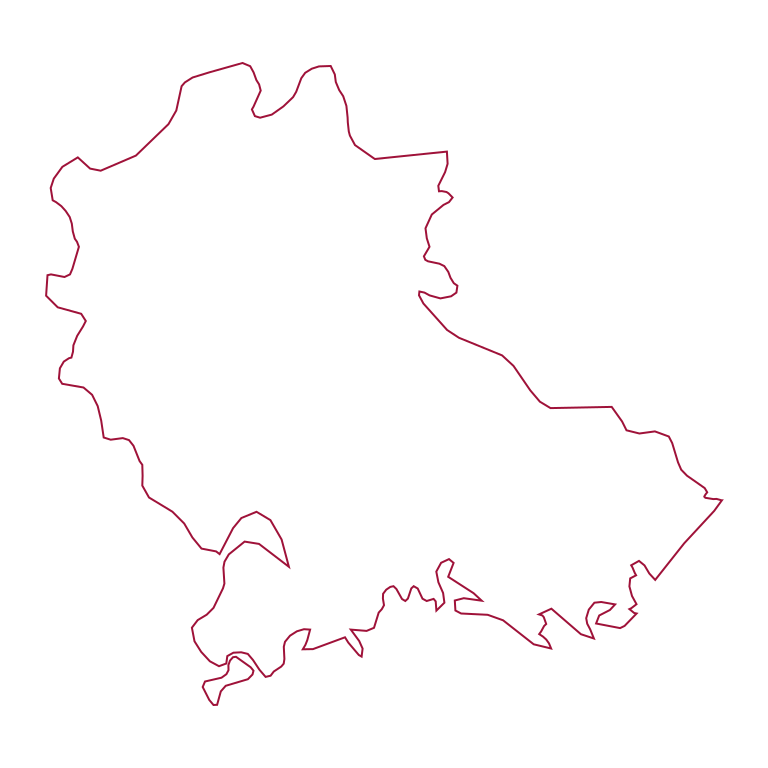 Kymenlaakso, orthographic projection
{"feature_id": "FIN-3187", "entity_name": "Kymenlaakso", "entity_type": "Province", "adm_level": 1, "iso_a3": "FIN", "parent_name": "Finland", "parent_adm1": "", "projection": "orthographic", "projection_center": [26.947, 60.833], "detail": "fine", "context": "isolated", "style": "outline", "palette": "rose", "viewbox_px": 768, "rotation_deg": 0, "n_neighbors": 0, "source": "natural_earth", "source_scale": "10m", "svg_char_len": 3730}
<svg xmlns="http://www.w3.org/2000/svg" viewBox="0 0 768 768"><path d="M721.9,500.3L714.2,510.9L684.2,543.3L655.2,579.9L649.3,573.5L644.5,565.4L639.0,560.9L631.2,565.3L632.5,567.5L634.8,573.0L636.1,575.3L630.2,578.4L629.4,586.4L632.0,596.0L636.5,604.2L631.3,608.2L629.4,609.1L634.2,613.0L636.6,613.5L624.6,625.9L620.1,628.1L596.1,623.5L599.2,615.5L609.9,610.0L615.1,604.4L601.2,602.0L594.4,602.7L588.8,609.6L586.2,618.2L587.2,623.7L590.2,629.4L593.9,638.5L580.9,634.2L551.4,608.7L539.0,614.4L542.4,615.5L543.8,617.2L546.2,624.0L544.1,626.0L541.1,631.5L539.2,634.1L543.0,636.6L546.3,639.6L549.0,643.4L551.1,648.5L533.7,644.3L503.1,620.3L487.7,614.8L461.1,613.5L455.4,610.5L454.8,600.5L463.8,598.2L481.7,600.7L473.6,593.2L448.2,576.8L453.6,562.9L449.0,559.1L441.1,562.8L436.3,571.6L438.4,582.3L443.1,593.0L444.4,602.7L436.4,610.6L435.7,601.4L433.6,598.9L426.7,601.0L422.5,598.7L417.7,588.5L413.7,586.2L411.3,588.4L407.9,598.6L405.3,601.0L402.0,599.0L396.4,589.0L393.5,586.2L390.3,586.9L386.2,589.7L383.1,593.8L382.9,598.5L384.0,605.2L381.8,609.2L378.7,612.6L374.0,627.8L366.6,630.9L350.8,629.6L359.2,641.0L362.6,648.6L361.6,656.6L358.8,655.0L348.3,642.6L345.0,637.3L313.0,649.1L302.8,649.3L305.4,644.9L307.3,640.1L310.1,629.6L304.0,629.2L296.9,631.3L290.0,635.7L285.0,641.8L283.8,646.8L284.4,659.0L283.7,663.7L281.2,666.6L273.8,671.5L270.6,675.7L265.6,676.9L259.4,669.7L253.0,660.0L247.8,653.9L241.2,652.3L233.4,652.7L227.3,656.1L226.3,663.5L219.0,666.2L209.9,661.3L201.2,651.9L194.5,641.3L191.9,627.7L197.7,620.1L206.7,614.7L213.5,607.9L223.0,588.3L224.4,583.6L223.4,567.6L224.5,561.7L228.8,554.4L244.6,541.6L259.0,543.9L288.9,566.8L281.6,539.5L270.4,520.1L256.5,511.8L241.4,518.0L233.1,528.1L219.6,554.1L216.1,551.4L201.5,548.6L192.4,537.5L184.2,523.5L172.4,511.7L149.0,497.5L142.3,485.6L142.6,475.8L142.3,464.8L139.6,461.1L133.5,445.8L129.0,440.1L122.8,438.1L110.7,439.7L103.7,437.5L101.2,420.6L97.7,406.1L92.1,394.8L83.5,387.5L62.2,383.8L58.9,378.5L59.9,368.3L63.8,361.6L69.0,358.2L71.4,357.6L73.0,351.7L73.4,345.3L77.2,335.8L83.0,326.5L85.8,321.0L81.2,313.8L57.7,307.3L46.1,295.7L47.5,275.2L51.0,274.4L64.5,277.0L70.0,274.4L72.4,268.8L78.9,246.8L77.0,241.8L74.8,238.7L72.8,231.4L71.8,223.6L69.7,217.0L65.7,211.0L61.3,206.1L56.0,202.1L52.7,200.3L50.7,188.0L53.8,178.6L62.4,166.8L77.8,157.4L90.1,168.6L100.7,170.7L135.9,155.6L168.5,124.1L176.3,110.5L181.6,86.2L184.9,82.4L192.6,77.5L209.5,72.3L242.5,63.0L250.2,66.2L253.6,72.4L256.4,80.1L259.1,84.4L260.7,90.6L253.5,106.7L251.9,109.4L254.9,116.1L260.1,117.7L271.8,114.6L283.4,106.4L293.1,97.1L296.2,91.8L301.3,78.2L305.2,72.8L311.8,68.7L319.0,66.4L330.7,66.0L334.8,74.4L335.8,82.0L339.2,90.1L343.2,96.2L346.4,105.9L347.6,117.5L347.8,122.3L348.8,131.5L349.9,135.6L355.0,145.1L374.8,159.0L446.9,151.6L447.6,163.8L445.1,172.1L438.3,185.8L439.0,191.3L441.8,191.1L446.5,192.0L448.5,193.3L452.6,197.5L449.0,202.1L443.5,204.9L431.8,214.5L425.5,228.3L426.8,238.3L429.5,246.8L423.9,256.3L425.3,259.8L428.0,261.3L439.4,263.7L444.3,266.1L448.3,271.9L450.5,277.8L453.8,283.2L457.4,285.7L456.4,292.6L451.1,296.3L440.4,298.4L429.6,295.4L424.5,292.6L419.4,291.5L419.0,295.3L423.4,303.5L447.1,330.0L459.0,337.8L502.1,355.4L513.5,365.9L530.3,390.4L539.9,401.7L550.5,408.1L611.7,406.9L622.1,421.5L626.5,430.3L639.4,433.5L654.9,431.4L668.8,436.5L672.2,443.1L678.0,462.3L681.2,469.7L687.0,475.7L704.7,488.1L707.2,492.3L705.7,494.2L704.7,495.7L704.3,496.7L705.4,497.8L713.4,499.1L716.5,498.9L721.6,500.3L721.9,500.3ZM236.0,656.8L250.6,667.2L253.5,670.7L252.5,674.5L247.9,679.2L225.7,685.8L220.8,691.4L217.1,704.8L213.5,705.0L209.3,700.0L202.7,687.0L205.0,681.5L221.5,677.7L226.4,674.2L228.5,670.2L228.4,665.1L230.0,660.6L233.0,657.2L236.0,656.8Z" fill="none" stroke="#9f1239" stroke-width="2"/></svg>